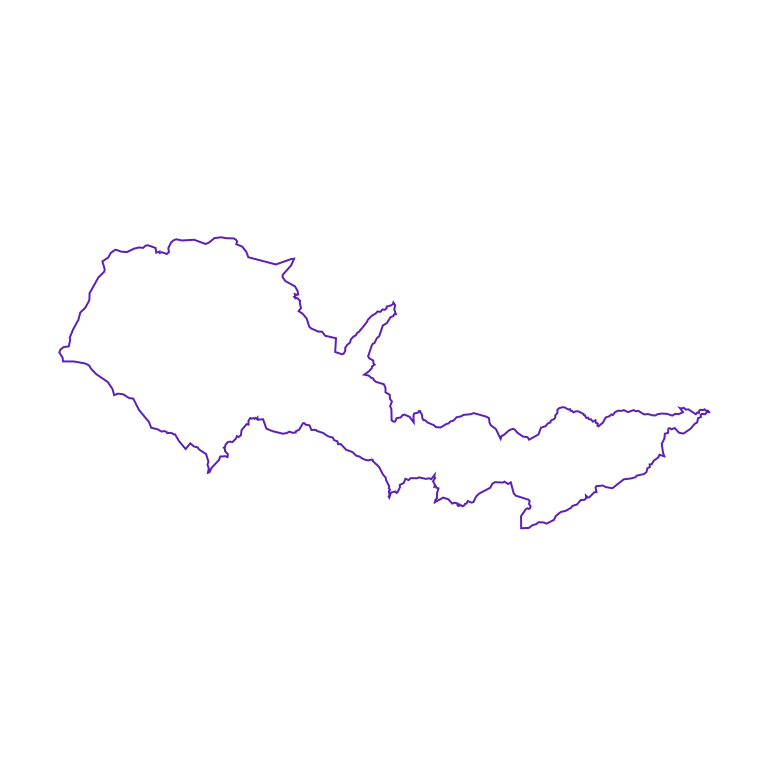 Otavalo, Imbabura, Ecuador (Mercator projection), rotated 186°
{"feature_id": "8360857B9675012556832", "entity_name": "Otavalo", "entity_type": "district", "adm_level": 2, "iso_a3": "ECU", "parent_name": "Ecuador", "parent_adm1": "Imbabura", "projection": "mercator", "projection_center": [-78.375, 0.223], "detail": "fine", "context": "isolated", "style": "outline", "palette": "violet", "viewbox_px": 768, "rotation_deg": 186, "n_neighbors": 0, "source": "geoboundaries", "source_scale": "gbopen_adm2", "svg_char_len": 6126}
<svg xmlns="http://www.w3.org/2000/svg" viewBox="0 0 768 768"><g transform="rotate(186 384 384)"><path d="M549.8,277.3L548.2,278.2L546.9,282.3L540.2,291.2L539.3,294.7L534.5,295.6L532.0,295.0L532.0,297.9L535.1,300.7L535.3,302.4L536.6,304.0L535.5,304.7L535.3,306.9L533.7,309.5L531.7,310.5L528.5,310.5L525.5,314.3L524.8,316.8L523.0,316.1L521.0,318.0L520.8,323.3L516.5,329.7L514.5,329.4L514.9,333.3L513.4,336.2L511.8,335.8L510.0,336.4L509.1,335.8L508.2,336.8L507.0,336.1L506.3,337.3L505.8,335.3L500.6,336.3L496.3,327.3L489.7,325.4L479.4,324.0L475.6,325.0L473.3,326.7L469.4,325.9L466.7,326.6L466.8,327.7L463.6,329.7L460.5,336.5L459.4,336.8L457.5,335.3L453.7,335.1L451.4,330.7L446.8,331.2L445.9,330.3L439.6,329.0L434.4,326.2L429.3,325.3L427.7,322.9L424.3,322.1L423.4,319.3L420.7,319.7L414.7,314.6L408.2,313.0L404.2,309.8L400.8,309.3L397.6,307.5L393.9,306.5L391.6,306.4L388.3,307.6L387.2,307.2L387.0,306.1L380.3,301.1L375.7,294.0L372.5,291.0L371.9,288.7L368.1,282.7L368.2,280.7L367.0,279.6L367.9,277.8L366.8,273.7L367.6,272.6L366.9,271.6L365.7,276.8L361.2,278.3L360.2,277.0L359.2,277.7L357.4,282.8L357.7,285.3L354.0,287.6L352.8,292.0L349.5,291.0L347.5,293.2L341.3,293.7L339.4,294.8L332.3,294.0L329.2,295.0L327.1,294.2L324.2,298.9L324.3,296.5L323.3,295.9L325.1,292.3L322.8,289.1L323.1,287.0L321.6,287.6L320.9,286.3L318.9,285.9L319.9,280.6L319.4,275.8L320.7,274.3L321.0,271.7L313.3,277.2L308.2,276.2L303.6,272.2L301.7,273.3L298.2,272.9L297.3,271.5L295.4,272.5L297.4,270.9L298.9,272.1L297.5,270.5L294.5,271.4L293.2,270.6L291.7,271.5L291.0,273.2L289.5,273.7L288.4,276.4L284.8,275.2L282.8,275.9L280.5,281.9L278.0,284.9L267.4,292.0L265.9,296.1L263.3,298.0L255.5,298.4L253.9,299.5L250.1,297.5L247.6,299.4L243.7,289.1L241.3,286.7L228.3,284.1L227.0,283.1L227.2,279.8L225.5,277.8L225.6,275.9L226.8,274.9L228.3,275.4L229.8,274.4L233.9,266.9L232.5,254.9L224.9,256.0L221.3,259.3L218.2,260.4L215.8,262.7L210.5,263.0L207.8,262.1L200.8,266.6L199.3,270.7L194.8,275.2L190.0,276.9L185.3,280.2L183.6,282.6L179.5,284.3L176.2,289.1L172.3,289.9L171.0,291.6L171.5,294.1L169.4,292.5L168.0,292.8L163.4,298.4L161.4,298.7L162.8,303.2L162.1,304.6L155.8,305.9L152.6,304.7L146.0,304.2L135.5,314.3L128.5,315.9L124.3,317.5L122.8,319.4L116.1,321.6L113.8,323.8L113.2,327.8L110.9,329.2L111.4,331.8L109.4,332.2L107.7,335.9L103.4,339.8L102.7,342.4L97.7,341.4L99.4,345.0L101.5,353.5L99.4,359.2L99.5,363.9L96.4,365.1L96.5,369.4L94.9,369.9L93.4,369.0L90.3,370.6L85.6,366.4L81.0,366.0L74.3,371.7L71.0,376.7L68.5,378.6L68.1,382.8L65.4,384.3L65.8,386.2L64.9,387.5L61.4,387.5L59.9,389.8L57.8,390.0L58.7,391.2L61.2,391.2L62.6,392.3L63.8,391.4L65.5,391.6L67.6,390.8L67.8,388.1L69.5,388.4L70.7,386.5L78.6,390.6L81.1,390.1L83.5,391.7L85.8,390.7L87.2,391.0L83.7,387.3L87.7,384.8L91.4,384.7L94.0,382.7L99.2,383.9L105.1,383.6L109.3,382.3L110.5,381.2L113.5,380.9L118.1,381.7L122.3,381.0L128.3,383.9L130.7,383.2L133.1,384.1L138.5,381.5L142.7,383.1L145.0,382.1L148.4,381.9L151.1,380.3L153.2,377.1L154.7,377.5L156.4,375.6L160.1,373.8L162.2,368.5L166.3,364.3L167.4,364.9L167.3,367.1L169.3,367.6L169.9,370.0L172.3,368.4L174.6,370.5L176.7,370.4L177.5,371.8L179.6,371.6L180.9,373.9L181.9,373.9L182.4,375.0L187.5,377.0L190.0,377.0L192.7,375.6L194.3,377.0L195.8,376.9L196.4,378.4L198.0,377.9L202.0,379.6L203.9,379.6L207.0,378.4L208.8,376.7L208.6,373.1L210.4,370.7L210.2,368.8L211.0,367.1L214.3,365.0L214.5,363.1L216.9,362.0L218.9,358.9L223.3,357.0L225.1,350.0L233.9,343.8L235.6,346.1L240.2,346.2L246.4,349.6L249.4,352.5L251.1,352.9L254.4,351.3L259.9,345.5L261.6,344.7L262.3,341.6L268.1,351.0L273.5,354.1L275.0,356.5L276.0,361.0L279.1,362.3L291.6,364.4L295.2,362.9L301.7,361.6L303.9,359.9L308.4,358.5L310.9,355.0L314.0,353.7L315.9,351.4L317.7,350.8L323.1,346.7L327.9,346.6L330.0,348.2L336.9,350.4L339.0,352.1L341.3,352.4L342.5,354.6L342.8,356.9L345.6,361.0L346.5,360.7L346.8,359.3L350.9,357.8L351.4,355.6L350.4,348.9L355.2,354.1L360.6,355.7L362.2,355.0L364.0,352.4L367.9,351.4L369.0,347.9L370.3,347.5L372.6,348.6L374.0,359.7L375.6,362.7L374.3,367.4L376.6,369.9L377.2,373.9L381.6,375.9L382.1,380.3L384.2,383.8L391.9,385.2L394.1,386.5L395.5,388.5L396.8,388.5L400.2,390.8L404.6,391.2L399.7,395.7L397.8,398.6L397.8,400.2L395.4,402.2L396.7,403.4L397.1,406.2L401.3,408.0L402.7,409.8L400.2,421.1L399.4,422.8L397.8,423.7L396.0,428.6L393.7,431.2L391.3,442.0L387.4,445.0L384.5,451.1L381.8,452.6L381.2,454.4L379.5,454.7L381.6,459.3L381.1,463.5L383.2,466.0L383.5,464.4L385.0,463.0L389.4,461.3L389.5,459.3L391.0,457.9L393.3,458.0L395.1,455.4L398.1,455.4L399.6,453.3L403.5,450.4L406.8,446.1L407.8,443.3L414.4,433.2L416.0,432.1L417.1,429.5L419.4,427.9L421.6,424.9L422.2,421.5L424.6,419.2L426.3,416.0L426.0,413.0L427.3,409.9L428.9,409.2L435.9,410.7L436.5,424.5L447.5,425.8L451.0,429.5L455.0,429.3L462.1,431.6L464.3,433.1L467.8,441.1L472.4,445.5L476.5,447.5L474.5,450.9L476.3,456.0L476.1,457.9L479.1,460.3L481.2,460.0L482.3,461.2L481.3,461.4L482.1,464.1L480.0,463.5L478.7,464.0L479.8,467.8L482.8,471.8L492.9,476.1L496.0,479.5L496.1,482.0L488.7,492.4L486.5,499.2L489.1,498.7L504.0,491.6L532.2,495.9L534.8,501.2L539.4,505.8L545.5,507.6L545.0,510.4L546.2,511.9L548.7,513.1L556.1,512.5L561.2,512.9L567.8,511.4L572.8,506.4L576.1,504.6L587.9,507.6L600.0,505.6L605.7,506.2L608.2,505.0L610.6,502.4L612.7,496.6L611.7,492.7L613.6,490.6L618.5,491.8L620.6,491.0L620.9,492.3L624.2,490.8L625.4,495.4L633.2,497.3L635.6,496.6L637.8,494.2L641.8,494.2L646.7,492.5L653.3,488.4L658.8,488.1L664.7,489.5L665.7,489.1L669.4,485.9L671.5,480.9L676.9,476.5L673.7,468.7L674.0,466.4L679.2,460.1L686.3,443.5L685.8,436.9L686.4,434.9L689.1,428.6L693.5,423.4L694.6,416.0L698.9,405.8L701.4,397.1L700.7,395.2L701.4,388.5L706.5,387.2L709.4,384.4L710.2,381.4L706.4,376.6L705.6,372.9L694.7,374.0L683.5,373.2L679.3,371.7L676.8,368.4L671.5,363.9L658.9,357.1L653.5,350.6L651.2,344.7L647.7,346.6L642.4,346.5L635.8,343.3L631.9,343.3L624.9,332.5L613.9,321.8L611.0,316.2L604.4,315.3L600.5,313.5L597.2,314.2L595.1,313.5L594.6,312.5L590.4,313.2L587.7,311.9L586.6,312.1L581.8,305.7L574.5,298.6L570.5,304.7L566.3,301.9L562.8,301.6L561.1,299.6L553.6,295.7L550.5,288.4L551.1,285.3L549.4,281.7L549.8,277.3Z" fill="none" stroke="#5b21b6" stroke-width="2"/></g></svg>